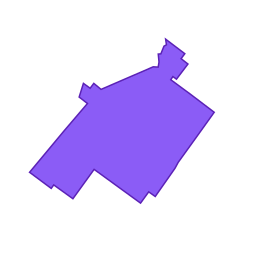 Elk, Pennsylvania, United States of America, rotated 126°
{"feature_id": "52423323B9746722230596", "entity_name": "Elk", "entity_type": "district", "adm_level": 2, "iso_a3": "USA", "parent_name": "United States of America", "parent_adm1": "Pennsylvania", "projection": "orthographic", "projection_center": [-78.756, 41.416], "detail": "fine", "context": "isolated", "style": "filled", "palette": "violet", "viewbox_px": 256, "rotation_deg": 126, "n_neighbors": 0, "source": "geoboundaries", "source_scale": "gbopen_adm2", "svg_char_len": 565}
<svg xmlns="http://www.w3.org/2000/svg" viewBox="0 0 256 256"><g transform="rotate(126 128 128)"><path d="M181.4,73.7L167.5,73.7L167.4,65.7L133.0,66.3L126.2,67.2L95.1,67.3L64.6,67.5L64.0,96.1L63.8,121.8L60.0,121.9L60.0,117.5L41.0,117.1L40.7,125.8L34.5,125.7L34.0,149.8L38.1,145.8L40.6,147.0L48.7,145.0L50.4,147.0L56.4,141.7L61.0,139.4L63.7,143.6L112.6,172.5L112.0,181.9L118.1,182.0L118.1,190.3L131.7,185.7L132.0,175.2L167.4,178.0L221.7,181.6L222.0,154.6L217.7,154.6L217.6,131.0L181.4,131.1L181.4,73.7Z" fill="#8b5cf6" stroke="#5b21b6" stroke-width="1.5"/></g></svg>